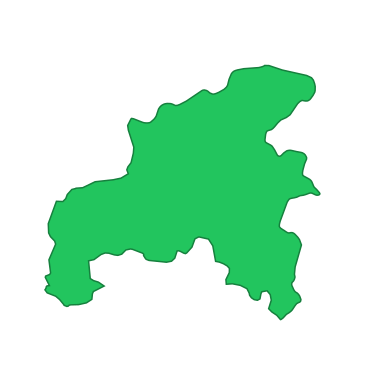 the border of Alessandria, rotated 284°
{"feature_id": "ITA-5439", "entity_name": "Alessandria", "entity_type": "Province", "adm_level": 1, "iso_a3": "ITA", "parent_name": "Italy", "parent_adm1": "", "projection": "orthographic", "projection_center": [8.655, 44.843], "detail": "fine", "context": "isolated", "style": "filled", "palette": "green", "viewbox_px": 384, "rotation_deg": 284, "n_neighbors": 0, "source": "natural_earth", "source_scale": "10m", "svg_char_len": 3763}
<svg xmlns="http://www.w3.org/2000/svg" viewBox="0 0 384 384"><g transform="rotate(284 192 192)"><path d="M126.5,60.2L150.2,62.7L151.5,69.0L155.0,71.1L159.4,71.6L165.4,74.8L167.1,78.0L167.6,78.5L169.7,84.9L178.5,95.5L184.8,112.6L188.3,119.8L194.3,125.8L197.7,123.4L200.8,123.7L205.7,125.8L215.4,125.7L221.4,124.7L236.6,115.3L241.0,113.5L248.1,115.1L248.8,115.6L248.9,117.6L247.7,126.7L247.6,128.3L247.7,129.7L248.0,131.1L248.3,132.3L248.7,133.4L249.3,134.5L249.8,135.0L253.4,137.5L255.2,138.3L256.9,138.9L264.5,139.5L266.7,140.3L268.5,141.4L269.0,141.9L270.3,143.3L271.1,144.6L271.9,146.5L272.6,149.9L272.5,151.9L271.9,154.9L272.5,156.8L273.9,158.9L278.8,164.5L292.7,177.0L293.5,178.0L294.0,179.4L294.0,181.6L293.6,183.0L292.4,185.4L292.2,186.9L292.0,188.2L292.3,189.6L293.4,191.5L295.2,193.9L299.4,198.3L302.0,200.0L304.1,200.7L310.3,200.7L316.2,201.6L317.4,202.1L318.4,202.7L319.3,203.4L320.4,204.8L321.5,206.7L324.2,212.5L328.9,226.8L330.3,229.4L331.4,231.1L332.3,231.8L333.3,236.0L332.2,250.1L332.8,275.0L331.8,280.3L329.9,282.7L326.7,284.8L324.2,286.0L320.3,286.9L318.7,287.0L315.1,286.1L311.6,284.7L310.2,284.0L309.2,283.1L308.4,282.2L308.0,281.1L307.7,279.7L307.5,276.6L305.9,274.8L303.2,273.1L290.7,268.5L287.1,265.5L283.4,260.8L279.8,258.5L275.4,256.4L273.3,255.2L271.8,254.0L269.5,250.2L267.9,249.6L265.7,249.5L260.1,250.2L258.7,250.8L258.0,251.6L257.7,252.4L256.5,257.1L256.1,258.1L255.8,258.7L252.9,261.9L248.5,265.8L247.9,266.8L247.8,267.9L248.1,268.9L248.9,269.7L252.1,271.6L254.8,273.9L255.4,274.9L255.9,276.0L256.3,277.4L256.4,278.9L256.5,283.8L256.7,286.8L256.8,288.3L256.7,289.8L256.2,291.5L255.3,293.0L253.3,294.8L251.7,295.2L246.5,294.4L239.9,294.3L237.0,294.6L235.0,295.4L234.5,296.5L233.1,301.9L232.7,303.2L232.1,304.3L231.4,305.3L230.5,306.1L226.7,308.9L226.0,309.8L224.6,312.3L222.2,315.7L221.5,316.4L220.8,316.5L220.1,316.1L219.5,315.2L219.1,314.0L219.1,312.6L219.9,308.6L219.7,307.2L219.2,306.1L217.2,303.2L215.9,301.0L214.5,297.6L212.3,294.9L211.1,292.6L210.1,290.3L209.5,289.2L208.8,288.2L207.3,287.5L205.2,286.8L184.8,284.6L181.9,284.6L179.8,285.0L178.9,285.8L178.3,286.8L177.4,289.3L177.0,290.6L176.1,293.0L175.7,294.3L175.6,295.5L176.0,296.7L176.5,297.7L176.8,298.9L176.7,300.2L176.3,301.4L175.7,302.5L173.7,305.6L171.8,307.8L167.1,311.0L144.3,310.2L137.0,311.3L134.4,312.5L132.3,312.5L130.4,312.1L128.2,310.9L126.8,311.0L125.6,311.4L121.9,314.3L121.1,315.1L120.5,315.8L120.1,316.4L119.7,317.5L119.4,318.6L118.4,320.2L117.0,321.7L114.0,323.7L112.3,323.8L111.2,323.2L110.5,322.2L109.7,321.3L108.9,320.5L106.7,319.5L101.9,317.8L100.6,317.1L98.6,315.6L96.1,313.2L91.9,310.9L90.0,309.4L89.6,308.7L92.9,304.1L94.9,298.5L97.3,294.6L106.2,295.1L111.4,292.7L114.3,288.7L112.1,283.9L110.0,283.5L104.7,283.8L102.8,281.7L102.6,278.4L103.7,275.3L105.7,272.9L107.8,271.9L111.5,268.7L113.1,261.5L112.7,253.4L110.8,247.6L115.2,246.1L122.8,247.7L126.9,246.8L128.8,244.0L130.0,239.9L130.6,235.5L130.4,231.7L144.8,225.2L150.3,219.4L150.1,209.5L147.3,206.2L138.5,205.3L131.6,201.6L130.6,200.5L130.7,198.6L131.4,195.9L131.8,193.5L131.2,191.8L123.6,191.3L119.9,188.9L117.7,184.2L115.2,166.8L115.6,163.8L116.1,163.0L118.3,160.7L118.7,160.4L118.9,160.3L119.6,160.3L119.9,160.2L120.2,159.8L120.4,159.4L120.7,158.6L122.0,148.0L121.8,146.0L119.8,141.9L114.7,138.9L112.6,135.4L112.2,131.9L112.5,126.0L111.8,122.4L109.3,118.8L102.7,113.3L100.2,108.3L83.4,114.2L82.2,117.9L81.9,123.0L79.5,129.5L71.6,120.4L69.2,120.0L63.6,120.8L58.9,116.4L55.3,109.2L53.2,101.7L52.5,100.2L51.4,99.6L50.7,98.3L51.1,95.3L51.6,95.0L55.6,89.6L57.9,85.0L59.1,75.9L61.5,73.0L63.3,73.6L64.7,73.5L65.8,74.0L66.7,76.3L73.7,70.3L75.0,70.3L77.5,73.8L79.2,74.4L91.6,69.6L108.4,72.3L111.2,70.6L114.4,65.5L117.6,62.8L126.5,60.2Z" fill="#22c55e" stroke="#15803d" stroke-width="1.5"/></g></svg>